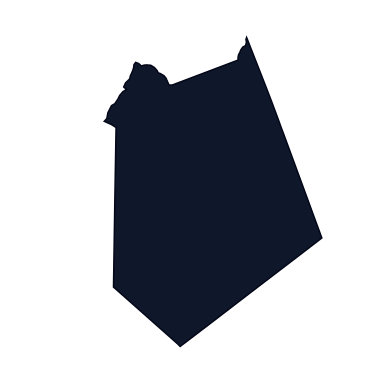 the district of Altos, Piauí, Brazil, rotated 160°
{"feature_id": "56859067B36301945264464", "entity_name": "Altos", "entity_type": "district", "adm_level": 2, "iso_a3": "BRA", "parent_name": "Brazil", "parent_adm1": "Piauí", "projection": "albers", "projection_center": [-42.484, -5.023], "detail": "fine", "context": "isolated", "style": "filled", "palette": "ink", "viewbox_px": 384, "rotation_deg": 160, "n_neighbors": 0, "source": "geoboundaries", "source_scale": "gbopen_adm2", "svg_char_len": 971}
<svg xmlns="http://www.w3.org/2000/svg" viewBox="0 0 384 384"><g transform="rotate(160 192 192)"><path d="M298.3,129.5L267.5,72.7L257.1,53.5L256.0,50.9L219.4,62.3L173.2,76.9L170.9,77.6L164.6,79.6L108.4,97.2L85.7,104.4L85.8,130.2L85.8,142.0L85.9,177.6L85.9,180.3L86.0,206.1L86.0,213.9L86.1,220.7L86.1,224.2L86.1,228.6L86.1,231.3L86.2,248.4L86.5,264.6L87.8,318.6L89.1,317.0L89.7,314.0L91.6,311.3L94.8,310.8L97.7,308.7L99.4,306.7L101.1,305.3L102.5,303.2L103.7,300.2L173.9,299.3L177.0,300.4L177.5,307.9L178.5,310.8L181.3,314.2L183.0,315.5L183.2,317.9L184.7,321.8L187.4,325.2L191.3,327.0L193.5,327.6L196.5,327.8L198.2,331.0L200.6,333.1L203.0,331.5L204.1,329.2L205.7,327.0L207.9,324.5L210.1,322.4L211.9,319.6L217.1,317.3L220.3,314.0L218.5,310.8L222.7,309.9L225.1,308.5L226.9,307.5L229.8,304.7L234.3,301.4L238.1,300.7L241.0,298.0L243.9,295.3L246.9,290.2L250.3,288.4L244.7,283.0L241.3,278.6L268.7,207.1L298.3,129.5Z" fill="#0f172a" stroke="#020617" stroke-width="1.5"/></g></svg>